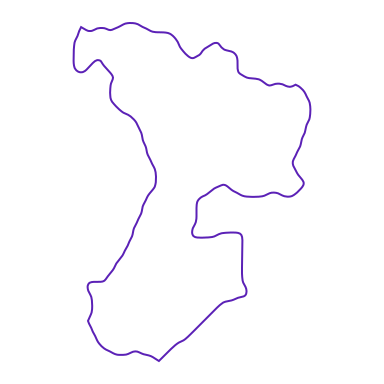 Neyba, Bahoruco, Dominican Republic (orthographic projection)
{"feature_id": "3306468B5748672743725", "entity_name": "Neyba", "entity_type": "district", "adm_level": 2, "iso_a3": "DOM", "parent_name": "Dominican Republic", "parent_adm1": "Bahoruco", "projection": "orthographic", "projection_center": [-71.416, 18.522], "detail": "fine", "context": "isolated", "style": "outline", "palette": "violet", "viewbox_px": 384, "rotation_deg": 0, "n_neighbors": 0, "source": "geoboundaries", "source_scale": "gbopen_adm2", "svg_char_len": 4586}
<svg xmlns="http://www.w3.org/2000/svg" viewBox="0 0 384 384"><path d="M295.6,84.7L292.6,86.2L290.7,86.7L289.7,86.8L287.7,86.5L285.9,85.9L282.5,84.3L279.4,83.7L277.3,83.7L275.3,83.9L271.0,85.3L269.4,85.5L268.5,85.3L266.7,84.5L261.7,80.8L259.7,79.7L258.7,79.3L255.5,78.7L249.0,78.1L246.9,77.6L246.0,77.2L244.2,76.3L240.2,73.9L238.8,72.6L238.3,71.7L238.0,70.7L237.6,68.6L237.5,60.6L237.2,58.4L236.9,57.2L236.6,56.2L235.5,54.4L234.1,53.0L233.3,52.4L231.4,51.5L226.4,50.3L224.5,49.7L223.7,49.2L221.5,47.4L218.9,44.1L218.3,43.5L217.5,43.1L216.6,42.9L214.7,43.0L213.0,43.6L204.7,48.7L202.7,50.7L200.7,53.6L199.4,54.9L195.5,57.1L193.9,57.9L193.1,58.1L192.1,58.1L191.2,58.0L189.4,57.1L187.8,55.9L185.4,53.7L183.2,51.2L181.1,48.6L179.9,46.8L177.7,41.9L175.8,39.1L174.4,37.4L172.8,35.8L171.0,34.4L170.0,33.8L168.0,33.0L165.8,32.6L163.6,32.4L155.9,32.2L152.6,31.7L150.7,31.0L146.3,28.6L142.5,26.9L138.2,24.4L137.2,24.0L135.2,23.4L133.0,23.1L129.7,23.0L127.5,23.2L125.3,23.6L123.4,24.4L119.9,26.3L118.1,27.2L112.0,29.8L110.3,30.1L108.6,29.8L106.2,28.8L104.4,28.2L102.3,28.0L100.2,28.0L98.1,28.3L97.1,28.5L93.7,30.1L92.0,30.8L91.0,31.0L88.9,31.0L87.9,30.8L86.1,30.0L81.1,27.1L79.2,31.0L77.5,36.0L75.3,40.4L74.6,42.4L74.4,43.6L74.1,46.0L73.8,49.6L73.6,60.8L73.7,63.2L74.0,65.6L74.6,67.8L75.1,68.7L76.3,70.3L77.9,71.5L78.8,71.9L79.8,72.2L80.8,72.3L82.3,72.2L83.0,72.0L84.8,71.1L86.4,69.8L92.8,63.0L95.0,61.1L96.7,60.3L97.4,60.1L98.9,60.2L100.3,60.7L100.9,61.2L102.9,64.3L104.1,65.9L110.3,72.8L111.5,74.3L112.5,75.9L113.0,77.6L112.7,79.3L111.0,83.5L110.6,85.4L110.3,88.5L110.1,92.7L110.3,95.9L110.5,97.9L111.1,99.9L112.1,101.8L114.1,104.2L116.2,106.5L119.3,109.5L121.7,111.5L123.4,112.7L128.1,114.8L130.7,116.5L133.8,119.4L135.2,121.0L136.3,122.6L141.2,132.7L141.8,134.7L142.8,140.0L143.5,141.9L145.6,146.4L146.2,148.4L147.0,152.6L147.7,154.7L150.4,160.0L152.1,163.8L154.0,167.3L154.8,169.1L155.6,172.3L156.0,176.7L155.8,182.3L155.4,184.5L154.8,186.6L154.3,187.6L153.0,189.4L149.4,193.7L148.1,195.5L147.1,197.3L145.8,200.2L143.5,204.6L142.7,206.5L141.7,211.7L141.1,213.7L138.4,219.0L136.7,222.9L134.0,228.2L133.4,230.2L132.6,234.4L132.0,236.4L129.3,241.7L127.7,245.6L124.8,250.8L123.5,253.6L122.5,255.5L116.3,263.5L114.0,268.2L112.8,270.1L107.9,276.2L105.7,279.3L104.4,280.7L102.7,281.5L100.7,281.8L93.5,281.9L91.6,282.1L89.8,282.7L89.0,283.3L88.4,284.1L88.0,285.0L87.7,285.9L87.6,286.9L87.8,288.9L88.3,290.8L90.5,295.1L91.3,297.0L91.9,300.3L92.2,305.9L92.1,309.2L91.6,312.5L90.9,314.4L88.0,320.9L89.0,323.5L91.2,327.8L92.8,331.7L95.2,336.1L96.9,339.9L97.9,341.8L99.2,343.6L101.5,346.2L104.1,348.4L106.0,349.6L109.8,351.4L113.3,353.3L115.1,354.1L117.2,354.7L119.4,354.9L122.7,354.9L126.0,354.6L128.0,354.0L131.5,352.4L133.2,351.7L135.3,351.4L137.3,351.6L139.1,352.3L141.7,353.5L143.5,354.2L148.7,355.4L150.8,356.1L152.6,357.0L158.9,361.0L170.9,349.1L175.2,345.2L177.0,343.8L178.8,342.6L183.6,340.3L185.4,339.0L188.0,336.7L193.0,331.8L217.1,307.6L219.7,305.2L221.5,303.8L223.3,302.5L225.4,301.7L231.6,300.4L233.6,299.7L238.0,297.8L243.6,296.4L244.4,296.0L245.2,295.4L245.8,294.6L246.2,293.7L246.5,291.8L246.5,290.8L246.2,288.8L245.5,286.9L243.2,282.6L242.6,280.5L242.2,277.0L242.0,273.5L242.0,267.5L242.4,240.2L242.1,237.1L241.4,235.1L240.7,234.3L239.9,233.6L238.0,232.9L235.9,232.6L231.3,232.5L225.4,232.8L221.9,233.2L220.8,233.5L218.8,234.2L214.4,236.4L212.2,237.0L208.7,237.4L201.6,237.7L197.2,237.5L195.2,237.1L194.3,236.6L193.4,236.0L192.8,235.1L192.4,234.2L192.2,233.3L192.1,232.3L192.3,230.3L192.8,228.3L195.0,224.1L195.8,222.1L196.0,221.0L196.4,218.7L196.5,216.4L196.5,208.1L196.7,204.6L197.1,202.4L197.5,201.3L198.6,199.6L199.3,198.9L200.7,197.6L202.5,196.5L205.2,195.3L207.1,194.1L214.1,188.6L216.0,187.6L221.3,185.3L222.9,184.8L223.8,184.8L224.8,185.0L225.7,185.3L227.4,186.4L231.5,189.8L233.3,191.0L237.1,192.9L240.6,194.9L242.4,195.7L244.6,196.3L246.9,196.6L252.8,196.9L258.7,196.7L262.2,196.3L264.4,195.7L269.7,193.2L271.7,192.7L273.9,192.6L276.0,192.8L278.0,193.3L282.4,195.5L284.3,196.2L287.5,196.7L289.6,196.6L290.7,196.4L291.8,196.1L293.7,195.1L295.5,193.8L297.2,192.4L301.0,188.5L302.3,186.9L303.3,185.2L303.6,184.3L303.7,183.3L303.6,182.3L303.2,181.4L302.2,179.7L298.1,174.7L297.0,172.9L293.3,165.8L292.8,163.8L292.8,161.8L293.1,160.7L293.8,159.0L295.6,155.6L297.3,151.8L300.1,146.5L300.7,144.5L301.8,139.3L302.5,137.4L304.7,132.9L305.2,130.9L306.1,126.7L306.7,124.7L309.3,119.4L309.8,117.3L310.2,114.0L310.4,109.5L310.2,106.2L309.7,102.9L309.0,100.9L306.7,96.5L305.4,93.7L304.3,91.8L302.9,90.0L300.4,87.6L298.6,86.2L295.6,84.7Z" fill="none" stroke="#5b21b6" stroke-width="2"/></svg>